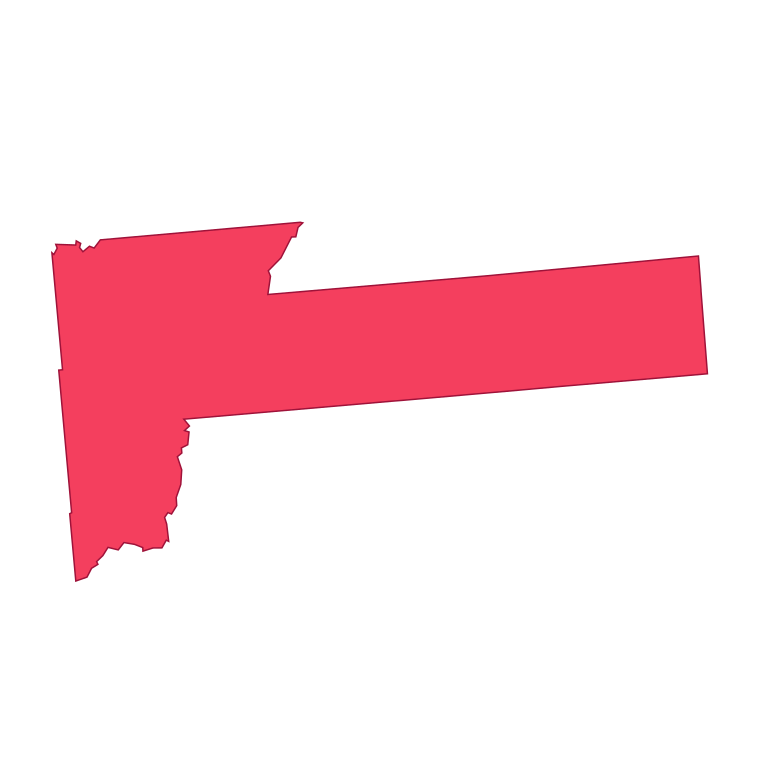 Pennington, South Dakota, United States of America (Equal Earth projection), rotated 175°
{"feature_id": "52423323B6635746218968", "entity_name": "Pennington", "entity_type": "district", "adm_level": 2, "iso_a3": "USA", "parent_name": "United States of America", "parent_adm1": "South Dakota", "projection": "equal_earth", "projection_center": [-102.496, 44.098], "detail": "fine", "context": "isolated", "style": "filled", "palette": "rose", "viewbox_px": 768, "rotation_deg": 175, "n_neighbors": 0, "source": "geoboundaries", "source_scale": "gbopen_adm2", "svg_char_len": 995}
<svg xmlns="http://www.w3.org/2000/svg" viewBox="0 0 768 768"><g transform="rotate(175 384 384)"><path d="M453.3,552.4L654.0,552.3L660.9,544.7L665.4,546.9L672.4,542.0L675.4,546.5L673.9,550.5L678.1,553.4L679.0,549.3L698.8,551.7L697.7,547.8L701.6,541.8L703.4,543.7L703.0,426.2L706.8,426.2L706.4,283.0L708.4,282.2L708.2,214.6L696.7,217.5L691.4,225.9L684.7,229.3L685.8,232.1L679.0,237.6L673.2,245.3L663.2,241.9L656.9,248.7L646.5,246.0L638.6,242.1L638.7,238.5L628.4,240.8L619.5,240.1L614.5,247.4L612.2,246.0L612.7,263.4L614.2,270.2L610.5,274.7L607.0,273.0L601.1,280.9L600.9,289.0L595.2,301.6L593.0,316.1L596.2,329.6L591.4,332.9L591.4,338.0L584.8,340.6L582.4,353.2L586.8,355.0L581.5,359.1L586.5,366.4L377.6,366.2L368.1,366.1L352.2,366.1L300.3,366.1L250.8,366.1L207.6,366.2L60.9,366.0L60.1,449.3L60.0,450.0L59.6,484.1L274.5,482.8L491.9,483.3L487.7,501.2L489.4,506.9L475.7,518.6L463.3,538.5L459.0,538.3L456.0,547.5L450.9,551.6L453.3,552.4Z" fill="#f43f5e" stroke="#9f1239" stroke-width="1.5"/></g></svg>